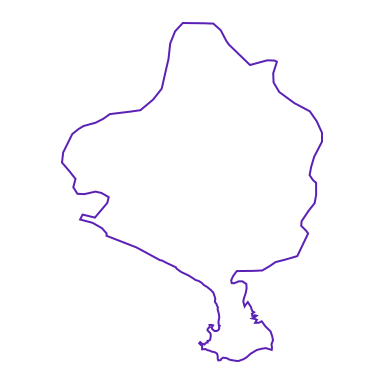 Greenville, Sinoe, Liberia
{"feature_id": "62588387B68895676065239", "entity_name": "Greenville", "entity_type": "district", "adm_level": 2, "iso_a3": "LBR", "parent_name": "Liberia", "parent_adm1": "Sinoe", "projection": "albers", "projection_center": [-9.039, 5.046], "detail": "fine", "context": "isolated", "style": "outline", "palette": "violet", "viewbox_px": 384, "rotation_deg": 0, "n_neighbors": 0, "source": "geoboundaries", "source_scale": "gbopen_adm2", "svg_char_len": 2655}
<svg xmlns="http://www.w3.org/2000/svg" viewBox="0 0 384 384"><path d="M106.5,235.8L130.7,245.2L136.2,247.3L145.9,252.5L160.0,260.2L162.0,260.5L165.9,262.6L174.2,266.5L176.0,267.4L176.4,268.5L181.2,272.0L185.0,273.8L186.5,274.5L188.8,275.6L193.1,278.3L195.3,279.9L198.8,281.0L201.5,282.7L204.1,285.2L207.3,287.1L210.8,290.0L213.3,292.6L215.3,298.5L214.9,301.9L216.4,303.9L217.0,305.6L217.9,307.3L217.7,308.4L217.6,309.3L218.1,311.2L218.7,313.2L219.3,317.1L218.6,320.8L218.5,322.3L218.8,325.5L219.7,325.8L219.1,327.3L219.2,328.9L218.1,330.2L216.7,331.0L214.6,331.0L212.2,329.0L211.7,327.5L213.1,325.4L211.4,324.9L209.5,325.0L209.6,325.9L209.6,327.3L208.5,328.0L207.6,329.2L207.5,330.3L208.6,331.5L209.9,332.7L210.7,334.2L210.7,336.6L210.1,339.8L208.7,340.8L207.6,340.9L207.6,342.5L206.5,342.5L205.7,343.1L204.5,344.5L201.8,343.6L200.2,342.1L199.2,343.3L200.6,344.7L202.2,346.0L202.1,347.0L202.1,349.3L205.6,349.1L207.6,350.2L209.3,350.5L211.2,351.4L215.0,352.3L217.0,353.6L217.7,355.9L217.7,358.7L218.3,360.4L220.7,360.1L221.4,358.8L223.1,357.7L226.0,358.0L227.8,358.6L228.6,359.3L230.9,360.0L237.0,361.0L239.4,360.8L240.3,360.3L243.3,359.3L246.8,357.2L250.6,353.7L256.8,350.0L260.9,348.9L265.7,348.1L271.7,349.9L272.0,347.9L271.5,344.1L273.0,340.3L272.2,336.2L270.5,331.4L269.0,329.9L265.2,326.1L261.7,321.3L258.6,322.8L255.1,322.8L256.9,319.8L254.4,318.8L252.4,318.4L254.6,317.3L256.6,315.7L254.9,315.2L252.4,316.0L251.9,313.7L254.1,312.2L252.4,311.2L251.6,309.4L250.9,306.9L247.8,302.1L245.6,304.9L244.6,306.4L243.3,301.6L243.8,298.8L245.8,292.7L246.6,288.2L246.3,283.9L242.3,281.3L238.8,281.3L234.0,283.3L231.7,283.1L231.2,280.3L233.0,276.3L235.5,272.8L236.8,271.1L242.2,271.0L252.5,270.9L257.7,270.7L259.9,270.5L262.2,270.5L269.4,266.3L275.5,262.1L284.6,259.8L287.0,259.1L297.3,256.1L308.1,233.5L306.2,230.8L301.2,225.8L301.4,223.9L301.6,221.2L308.8,210.5L314.6,203.2L316.1,195.1L316.1,182.8L313.0,180.1L309.6,175.2L311.1,167.1L314.2,156.7L321.2,143.2L322.0,141.6L322.0,132.8L316.7,121.2L309.8,111.3L294.5,103.2L291.9,101.3L279.3,92.1L273.6,82.5L273.2,73.3L276.9,61.8L275.9,61.2L274.7,60.6L267.3,60.3L250.0,65.0L228.9,44.6L226.2,40.7L220.7,30.2L213.3,23.6L204.7,23.3L182.8,23.0L175.1,31.3L170.2,43.5L168.5,59.0L166.5,67.6L165.8,70.6L162.1,87.0L161.6,88.8L153.1,99.6L141.6,109.2L140.4,110.2L130.5,111.6L109.9,114.1L103.3,118.8L95.6,122.7L83.6,126.0L78.6,129.0L72.3,134.0L68.2,142.3L63.7,151.4L63.2,152.2L62.0,162.6L69.4,171.2L75.5,178.9L73.3,187.2L77.4,193.8L84.5,194.1L95.5,191.6L101.5,193.0L108.7,197.1L107.3,202.9L94.9,217.6L82.6,214.6L80.1,219.5L92.5,222.8L102.0,228.2L106.6,233.5L106.5,235.8Z" fill="none" stroke="#5b21b6" stroke-width="2"/></svg>